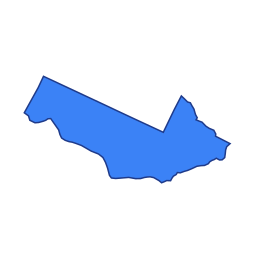 the district of Jataizinho, Paraná, Brazil, rotated 296°
{"feature_id": "56859067B55584506213849", "entity_name": "Jataizinho", "entity_type": "district", "adm_level": 2, "iso_a3": "BRA", "parent_name": "Brazil", "parent_adm1": "Paraná", "projection": "equal_earth", "projection_center": [-50.925, -23.248], "detail": "fine", "context": "isolated", "style": "filled", "palette": "blue", "viewbox_px": 256, "rotation_deg": 296, "n_neighbors": 0, "source": "geoboundaries", "source_scale": "gbopen_adm2", "svg_char_len": 1192}
<svg xmlns="http://www.w3.org/2000/svg" viewBox="0 0 256 256"><g transform="rotate(296 128 128)"><path d="M180.2,161.9L165.2,161.5L143.1,161.6L139.6,161.6L139.0,130.2L138.7,111.7L138.5,95.9L137.4,29.4L125.0,29.6L96.2,28.1L95.3,33.2L91.9,36.4L91.9,42.1L93.8,45.3L97.0,48.9L98.9,50.7L101.1,51.9L102.6,54.4L95.9,66.5L92.3,69.7L89.9,72.7L89.4,76.9L89.9,81.0L90.8,84.1L91.3,87.8L91.9,93.7L91.5,99.7L91.1,105.1L91.7,112.9L90.5,118.4L88.7,120.9L87.2,122.9L84.6,125.6L82.8,127.4L77.3,132.1L75.8,135.0L77.2,139.0L83.9,150.3L85.8,157.0L88.1,161.5L90.7,164.4L92.3,166.7L93.8,169.3L94.7,172.9L94.3,179.0L93.5,182.2L95.7,184.2L97.7,185.8L99.3,189.4L102.1,189.5L104.6,189.9L107.3,191.7L109.6,191.9L110.6,194.6L113.8,197.7L115.9,200.1L119.2,203.0L121.3,204.7L123.8,206.7L126.1,210.0L127.9,213.2L131.2,215.9L133.3,216.2L135.6,217.6L137.5,219.4L139.5,220.6L139.4,224.3L140.7,226.6L143.8,227.9L147.8,226.6L151.0,225.4L154.5,224.9L158.7,226.6L159.0,210.3L161.1,209.5L163.6,206.1L163.3,201.1L163.8,197.2L165.7,192.0L165.4,189.1L165.2,185.6L167.6,185.7L169.5,183.0L171.4,181.2L173.9,179.0L176.1,175.6L178.0,173.0L177.5,170.1L179.0,165.8L180.2,161.9Z" fill="#3b82f6" stroke="#1e3a8a" stroke-width="1.5"/></g></svg>